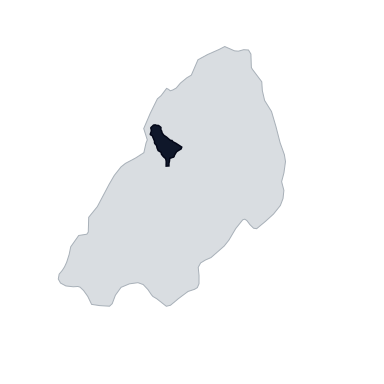 Chirang on a map of Bhutan (orthographic projection), rotated 124°
{"feature_id": "BTN-2481", "entity_name": "Chirang", "entity_type": "District", "adm_level": 1, "iso_a3": "BTN", "parent_name": "Bhutan", "parent_adm1": "", "projection": "orthographic", "projection_center": [90.138, 26.993], "detail": "fine", "context": "in_parent", "style": "filled", "palette": "ink", "viewbox_px": 384, "rotation_deg": 124, "n_neighbors": 0, "source": "natural_earth", "source_scale": "10m", "svg_char_len": 2268}
<svg xmlns="http://www.w3.org/2000/svg" viewBox="0 0 384 384"><g transform="rotate(124 192 192)"><path d="M300.5,165.8L299.9,168.1L297.5,174.1L296.0,180.7L297.4,186.1L303.1,192.5L310.7,197.5L320.4,197.8L329.2,195.7L332.8,196.5L337.8,205.0L341.3,212.4L336.8,220.1L334.3,226.8L333.5,231.6L334.1,233.7L337.0,237.5L340.4,244.0L341.0,250.1L338.9,254.2L334.4,256.2L329.5,255.7L325.4,255.8L320.4,256.6L312.5,258.9L305.2,261.9L291.4,261.6L285.8,255.6L283.2,255.6L270.7,263.5L257.0,262.3L232.1,265.0L221.6,265.7L210.9,264.9L205.5,263.2L195.4,257.8L186.3,253.9L177.1,257.5L173.8,258.2L166.4,267.5L150.2,270.6L134.1,272.8L129.4,271.5L120.3,271.0L120.0,268.8L120.3,266.7L118.2,265.0L114.6,263.2L108.2,262.5L100.1,260.1L95.5,257.9L79.0,261.0L69.4,256.0L58.6,249.2L53.1,246.2L51.2,235.7L49.3,232.3L45.1,228.7L42.7,224.6L44.7,220.3L55.6,212.4L56.5,210.6L61.6,195.8L68.6,190.4L75.5,183.0L80.8,171.1L90.9,158.9L101.9,146.5L109.4,136.3L114.5,131.5L124.7,126.5L133.3,123.5L139.3,116.7L146.5,112.9L153.8,111.2L164.7,112.1L175.0,114.6L186.3,117.9L187.6,120.7L186.7,125.6L185.0,130.5L185.0,133.0L186.7,134.4L197.8,135.3L211.3,134.5L218.9,135.1L235.8,139.6L240.8,142.8L246.0,145.2L251.0,144.7L257.4,139.4L264.1,134.9L268.3,134.1L271.3,135.5L276.7,139.7L287.9,143.6L297.9,146.5L301.1,149.4L300.2,161.7L300.5,165.8Z" fill="#d9dde1" stroke="#a8b0b8" stroke-width="1"/><path d="M162.3,225.1L166.9,227.2L168.1,227.3L171.3,227.1L172.6,226.7L173.0,226.7L173.4,226.8L174.7,227.9L175.6,228.5L176.5,229.3L179.1,227.9L181.0,227.2L183.3,225.7L185.0,227.9L183.7,228.8L182.7,229.4L181.2,230.4L180.5,231.0L179.3,232.3L179.0,232.9L178.8,234.9L178.6,235.9L177.8,238.4L176.4,239.8L176.6,243.2L175.1,245.5L173.6,247.1L172.9,248.5L172.8,249.5L172.2,250.6L170.8,251.5L167.6,256.4L167.5,256.8L167.5,257.1L167.6,257.3L167.7,257.5L167.7,257.8L167.7,258.5L167.4,258.9L166.8,259.1L165.2,259.5L164.3,259.8L163.1,260.6L162.7,261.2L162.2,261.7L161.5,262.1L159.5,261.6L158.3,261.4L157.7,261.0L156.7,259.6L156.6,258.4L155.7,257.4L155.8,257.1L155.6,256.3L155.6,255.8L155.8,254.9L155.7,254.4L156.0,253.7L157.6,252.9L158.4,251.3L159.8,249.7L160.7,247.1L160.7,244.2L160.7,243.8L161.1,240.7L161.2,238.4L160.5,237.5L161.0,235.8L160.6,232.5L160.5,225.6L162.3,225.1Z" fill="#0f172a" stroke="#020617" stroke-width="1.5"/></g></svg>